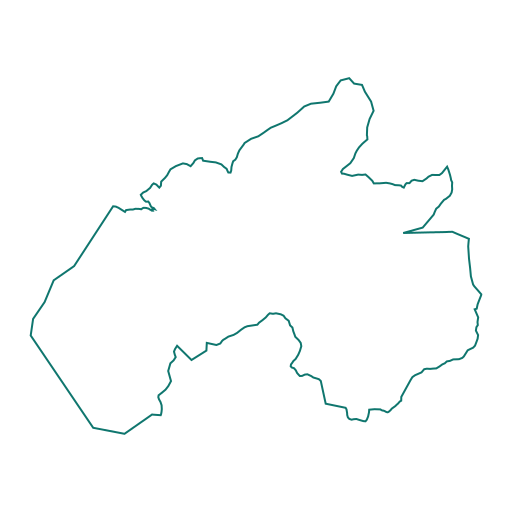 San Martín Itunyoso, Oaxaca, Mexico (orthographic projection)
{"feature_id": "50627088B87808414718325", "entity_name": "San Martín Itunyoso", "entity_type": "district", "adm_level": 2, "iso_a3": "MEX", "parent_name": "Mexico", "parent_adm1": "Oaxaca", "projection": "orthographic", "projection_center": [-97.847, 17.222], "detail": "fine", "context": "isolated", "style": "outline", "palette": "teal", "viewbox_px": 512, "rotation_deg": 0, "n_neighbors": 0, "source": "geoboundaries", "source_scale": "gbopen_adm2", "svg_char_len": 4673}
<svg xmlns="http://www.w3.org/2000/svg" viewBox="0 0 512 512"><path d="M422.7,227.6L433.7,214.6L434.7,212.0L436.2,208.7L438.8,206.6L440.9,203.6L444.1,199.8L445.9,198.9L449.8,195.8L451.6,192.6L452.2,189.3L452.0,185.8L452.2,182.4L451.1,180.0L450.8,178.2L450.0,174.9L448.3,169.5L447.1,166.7L445.5,168.7L442.0,173.1L439.4,175.0L435.5,175.0L432.1,174.9L428.5,176.7L426.5,178.5L422.5,181.2L418.2,180.7L414.3,179.8L411.6,180.7L409.5,183.1L406.6,183.1L405.4,184.4L403.8,187.6L402.2,186.9L401.1,185.6L399.1,185.3L395.0,185.1L392.5,184.1L389.8,183.4L386.1,182.8L380.0,183.3L373.8,183.4L372.3,180.8L368.5,177.1L365.5,174.5L362.1,174.9L358.2,174.6L352.1,175.9L347.3,174.7L343.9,173.7L342.0,173.6L341.1,171.8L342.9,169.0L346.5,166.2L350.3,163.2L353.8,158.1L355.4,153.4L356.8,150.7L359.0,147.4L362.3,143.8L364.2,142.1L367.4,139.4L367.2,136.3L366.9,135.3L367.2,127.4L369.6,119.0L373.6,110.8L371.1,101.6L364.9,91.7L362.0,84.9L354.1,83.6L349.2,78.2L340.7,80.4L338.3,83.5L336.2,86.3L333.4,93.7L328.7,101.6L320.5,102.7L311.0,103.7L304.2,106.5L297.3,112.7L290.0,118.3L287.4,120.3L284.1,121.9L281.9,123.0L279.4,124.1L275.2,125.9L270.8,127.7L267.3,130.1L263.4,132.9L258.3,136.3L251.1,138.8L244.6,143.0L243.7,144.5L241.4,147.6L239.4,150.3L237.9,153.6L236.8,157.3L235.3,159.7L233.2,161.2L232.5,163.2L231.5,166.9L231.2,170.6L230.5,172.6L228.3,172.5L227.5,170.9L226.6,168.8L224.0,166.9L221.4,164.4L215.8,162.4L210.5,161.8L203.1,160.7L202.1,158.1L200.0,158.2L197.7,158.5L194.9,160.4L193.4,163.0L190.6,166.2L186.8,164.1L182.9,163.4L175.9,166.1L170.5,169.3L168.9,172.0L167.2,175.2L165.0,177.9L161.2,181.6L160.9,185.7L159.3,187.6L158.0,186.3L156.4,184.6L153.7,183.4L152.1,184.8L150.1,187.9L146.3,191.1L143.2,192.5L140.8,194.8L141.4,196.1L142.5,198.0L144.2,200.2L145.8,201.6L147.1,201.7L148.2,201.5L149.4,203.0L150.7,206.0L151.5,207.1L152.7,207.7L153.4,207.9L153.8,208.1L154.1,208.4L154.3,208.7L154.7,209.2L154.0,209.0L153.1,208.8L152.5,208.9L152.3,209.0L152.1,209.3L152.2,209.7L152.5,210.1L152.8,210.7L152.6,210.7L152.1,210.7L151.7,210.6L151.2,210.2L150.7,209.9L150.2,209.7L149.2,209.0L148.5,208.6L147.8,208.4L147.2,208.3L146.8,208.1L146.5,208.0L145.5,207.9L144.7,207.9L144.0,207.8L143.3,207.9L142.6,208.3L141.1,209.3L140.2,209.0L139.5,209.0L138.9,208.9L135.4,208.8L133.0,209.5L130.3,209.5L126.1,210.1L125.0,211.9L121.8,209.9L118.5,207.8L116.0,206.7L115.9,206.6L113.1,206.3L74.1,266.1L53.7,280.3L44.6,302.1L33.1,318.9L30.7,335.5L93.2,427.8L119.8,432.9L124.5,433.8L140.8,422.4L144.0,420.2L152.1,414.5L152.4,414.6L160.7,415.2L161.1,414.1L161.5,412.0L161.8,409.1L161.6,405.3L160.5,402.0L159.0,399.3L158.3,397.2L158.6,395.3L162.5,392.2L165.5,389.7L168.3,386.1L171.0,381.1L168.2,371.0L170.4,363.3L173.6,360.4L175.7,357.1L174.8,354.7L174.0,351.6L175.0,349.1L177.1,345.8L191.5,360.0L206.4,350.6L206.8,342.9L216.4,345.0L220.3,343.5L222.1,340.9L223.3,339.8L225.2,338.7L228.4,336.6L233.6,334.9L237.1,332.9L241.1,329.7L244.6,327.3L247.4,326.2L257.4,324.7L259.0,322.7L262.3,320.3L265.8,317.4L268.0,314.8L269.7,313.3L273.0,313.8L276.0,313.3L280.8,314.3L283.6,315.7L284.7,317.3L285.4,318.3L288.7,320.8L290.1,325.4L292.4,327.5L293.3,331.3L294.5,334.5L295.3,336.8L298.6,340.0L300.7,342.9L301.3,346.2L299.9,350.9L298.2,354.8L295.6,359.0L293.4,361.0L292.1,363.0L291.0,364.4L290.7,366.3L291.8,367.5L294.0,368.2L295.8,370.3L297.1,373.0L298.6,374.7L299.8,376.0L302.1,375.9L304.8,374.6L307.4,374.3L311.3,376.1L313.3,377.5L316.7,378.5L318.9,379.2L320.8,381.0L325.7,403.7L345.6,407.8L346.5,409.4L347.1,413.0L347.2,415.0L347.9,417.4L349.3,418.9L351.6,419.7L353.7,419.2L356.4,419.0L359.2,419.9L363.3,421.1L365.5,421.3L366.8,419.7L368.1,416.5L369.0,412.3L369.2,409.7L374.5,409.2L380.4,409.4L381.1,409.9L382.3,410.5L383.4,410.6L384.5,411.0L385.9,411.8L387.3,412.3L388.2,412.1L389.2,411.4L390.7,410.0L391.7,408.7L393.2,407.6L395.3,406.1L396.7,404.7L397.9,403.7L399.8,401.5L401.2,400.7L401.3,396.9L410.6,380.0L412.4,377.1L415.1,375.2L418.3,373.8L421.5,372.4L424.2,369.2L426.9,368.7L430.2,368.9L433.0,368.6L436.3,368.4L439.6,366.4L442.3,364.4L444.8,363.3L446.8,361.4L449.9,360.9L453.2,359.4L456.4,359.3L459.0,359.2L462.3,357.9L463.8,356.5L467.7,350.3L470.3,349.0L473.1,347.7L475.0,345.7L476.2,342.6L477.6,338.8L478.1,335.1L475.9,330.6L476.4,327.2L477.8,325.1L477.5,322.1L477.9,319.2L478.2,317.4L474.7,309.3L476.7,308.7L477.6,304.4L479.0,300.7L481.1,295.4L481.3,294.3L479.8,292.6L474.3,286.3L473.1,284.5L470.9,276.4L470.1,267.9L469.0,258.6L468.2,246.4L468.5,242.7L468.9,238.8L467.2,238.1L464.9,237.1L461.5,235.7L459.4,234.8L457.7,234.1L455.6,233.2L452.4,231.8L448.3,231.9L446.8,232.0L443.3,232.1L441.6,232.1L439.2,232.2L435.6,232.2L434.2,232.3L432.1,232.3L403.2,233.0L422.7,227.6Z" fill="none" stroke="#0f766e" stroke-width="2"/></svg>